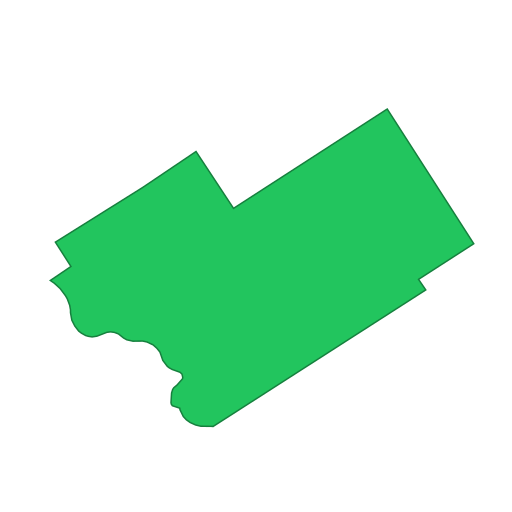 the district of Thurston, Nebraska, United States of America, rotated 147°
{"feature_id": "52423323B78691180058519", "entity_name": "Thurston", "entity_type": "district", "adm_level": 2, "iso_a3": "USA", "parent_name": "United States of America", "parent_adm1": "Nebraska", "projection": "mercator", "projection_center": [-96.365, 42.147], "detail": "fine", "context": "isolated", "style": "filled", "palette": "green", "viewbox_px": 512, "rotation_deg": 147, "n_neighbors": 0, "source": "geoboundaries", "source_scale": "gbopen_adm2", "svg_char_len": 912}
<svg xmlns="http://www.w3.org/2000/svg" viewBox="0 0 512 512"><g transform="rotate(147 256 256)"><path d="M65.9,307.8L248.9,308.2L249.4,376.3L313.8,375.2L416.7,376.9L416.9,348.0L441.8,347.5L440.0,343.1L438.0,335.4L437.4,326.3L437.6,322.9L439.1,316.1L440.9,311.9L442.5,309.4L445.4,302.5L446.1,296.0L445.6,289.6L444.5,286.5L442.2,282.1L440.3,279.9L437.5,277.4L433.1,275.4L422.6,273.2L419.3,271.6L416.4,269.1L413.8,265.6L411.7,259.3L410.0,256.1L405.6,251.6L397.4,246.4L394.3,243.3L390.7,237.5L389.4,232.7L388.9,227.7L391.0,219.2L390.5,211.8L389.7,209.5L388.1,206.5L383.0,199.8L382.4,197.2L383.6,194.0L384.6,193.0L392.5,190.8L396.6,190.3L398.5,189.5L401.4,187.1L407.1,179.4L407.7,178.0L407.7,176.0L402.8,169.9L403.5,168.4L404.4,160.9L403.6,156.5L401.9,152.2L398.7,147.2L395.0,143.3L384.8,136.5L384.8,136.4L132.1,135.1L132.4,147.9L66.7,147.7L65.9,307.8Z" fill="#22c55e" stroke="#15803d" stroke-width="1.5"/></g></svg>